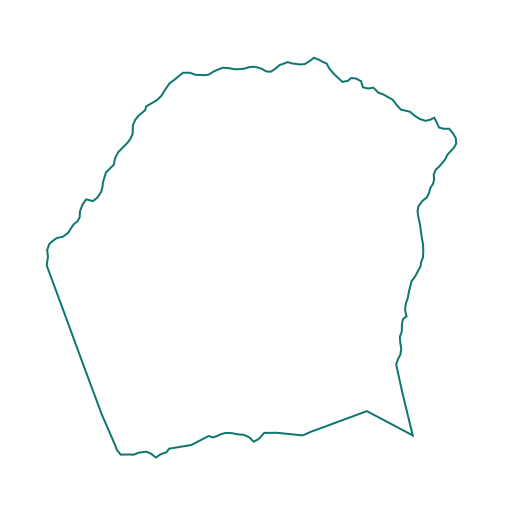 Água Fria, Bahia, Brazil, rotated 355°
{"feature_id": "56859067B52662143851434", "entity_name": "Água Fria", "entity_type": "district", "adm_level": 2, "iso_a3": "BRA", "parent_name": "Brazil", "parent_adm1": "Bahia", "projection": "robinson", "projection_center": [-38.688, -11.822], "detail": "fine", "context": "isolated", "style": "outline", "palette": "teal", "viewbox_px": 512, "rotation_deg": 355, "n_neighbors": 0, "source": "geoboundaries", "source_scale": "gbopen_adm2", "svg_char_len": 2305}
<svg xmlns="http://www.w3.org/2000/svg" viewBox="0 0 512 512"><g transform="rotate(355 256 256)"><path d="M465.3,156.1L462.9,150.9L459.3,146.0L454.0,145.6L449.6,144.0L447.6,138.6L445.6,133.8L441.1,135.5L436.6,136.1L431.1,133.8L426.3,130.1L422.1,125.8L418.2,124.4L413.2,122.9L409.0,117.3L405.9,112.3L401.5,109.3L396.8,106.1L392.2,104.0L387.5,98.5L382.2,98.9L377.3,97.3L375.9,91.1L371.3,88.0L366.4,87.0L362.6,89.5L357.2,90.1L354.0,86.4L349.6,81.6L345.3,75.6L343.1,70.3L339.7,68.7L336.1,66.1L331.0,63.6L325.8,66.8L321.3,69.1L316.3,69.0L308.8,67.3L304.4,65.6L300.4,66.8L296.2,67.8L291.5,71.2L286.7,73.7L282.5,73.1L277.6,69.8L271.2,67.3L265.4,67.3L260.1,68.4L254.7,68.4L250.6,68.0L245.8,66.6L239.6,65.5L235.0,66.8L230.1,68.4L224.7,71.2L221.0,71.4L216.8,70.9L211.4,70.2L206.2,67.7L199.5,67.1L195.1,69.8L190.3,73.2L184.8,76.6L179.1,83.5L175.5,88.4L171.1,92.0L164.3,95.2L159.7,97.3L158.2,101.2L154.6,103.6L151.1,106.2L147.5,109.9L144.8,115.0L143.7,123.9L140.9,128.6L137.5,132.3L133.0,136.1L127.7,140.7L124.2,146.2L122.2,152.8L118.7,155.6L113.9,159.7L111.7,164.8L109.9,169.6L109.1,173.7L107.5,178.4L103.0,184.1L98.2,187.1L91.8,184.8L87.5,189.8L84.5,196.3L83.7,202.2L81.1,205.9L77.1,208.6L74.1,212.3L70.8,216.7L65.4,219.9L58.9,220.8L54.5,223.5L51.1,226.1L48.5,231.8L48.7,238.3L46.7,247.2L62.2,303.9L74.6,349.8L88.5,400.2L99.3,432.6L100.5,437.1L103.9,442.1L108.7,442.4L112.7,442.7L116.9,443.3L121.6,441.8L129.5,441.3L134.3,443.9L138.7,448.0L143.8,445.2L149.8,443.6L152.6,440.4L175.2,438.6L193.1,431.2L197.3,433.0L201.6,431.9L205.5,430.4L210.6,429.6L216.7,430.4L221.8,432.0L228.0,433.0L233.4,436.0L237.6,440.8L242.6,438.6L245.8,435.8L248.8,432.9L261.8,434.0L286.9,438.8L295.7,435.8L352.9,420.2L396.5,448.4L390.0,405.9L386.2,376.3L388.5,371.1L391.2,366.8L392.6,361.2L392.2,355.0L392.2,349.3L394.6,344.1L395.5,336.5L396.9,331.6L400.7,329.1L399.8,322.9L401.1,316.5L403.5,311.2L405.3,304.7L407.1,299.3L408.6,294.9L413.0,289.9L416.3,284.6L419.0,280.7L420.0,276.4L422.2,271.9L423.1,265.6L423.4,259.3L422.8,252.1L422.4,245.4L422.1,238.7L421.2,231.6L420.8,225.4L422.2,220.5L426.7,215.5L431.2,212.7L433.7,208.6L435.5,203.6L438.8,199.2L440.2,195.1L440.1,190.6L442.4,185.9L447.0,182.2L450.2,179.0L453.2,175.8L455.3,172.0L458.6,168.9L462.5,165.5L465.3,161.4L465.3,156.1Z" fill="none" stroke="#0f766e" stroke-width="2"/></g></svg>